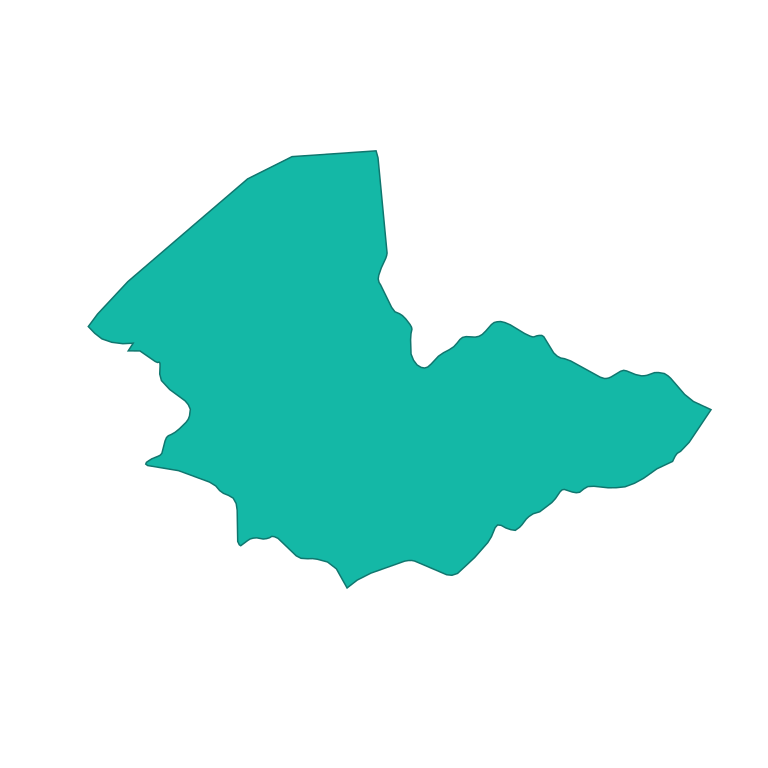 Manzini, Natural Earth projection, rotated 50°
{"feature_id": "SWZ-536", "entity_name": "Manzini", "entity_type": "District", "adm_level": 1, "iso_a3": "SWZ", "parent_name": "eSwatini", "parent_adm1": "", "projection": "natural_earth1", "projection_center": [31.309, -26.515], "detail": "fine", "context": "isolated", "style": "filled", "palette": "teal", "viewbox_px": 768, "rotation_deg": 50, "n_neighbors": 0, "source": "natural_earth", "source_scale": "10m", "svg_char_len": 2522}
<svg xmlns="http://www.w3.org/2000/svg" viewBox="0 0 768 768"><g transform="rotate(50 384 384)"><path d="M149.9,573.6L146.3,558.5L140.9,514.3L139.9,425.3L139.2,356.6L150.7,308.3L200.3,240.2L206.9,243.2L285.7,297.5L287.3,299.4L288.8,301.8L293.3,311.4L297.3,318.1L299.8,320.9L303.0,322.5L305.9,322.9L330.2,328.9L335.7,329.2L340.2,326.9L343.5,325.9L348.2,325.5L355.1,325.8L358.2,326.4L360.0,327.4L362.8,331.0L367.2,335.2L378.4,344.0L384.8,346.1L390.7,346.4L395.1,344.9L397.8,342.7L399.1,339.7L399.0,335.1L397.7,324.4L398.3,318.3L399.6,312.4L400.3,306.6L399.6,301.5L398.7,297.2L398.8,293.9L400.5,290.6L406.7,284.0L408.5,280.6L409.2,276.9L408.8,271.9L407.5,263.5L407.7,260.1L409.0,257.4L411.1,254.5L414.6,251.9L419.9,249.2L435.8,243.8L441.2,241.3L443.4,239.9L444.3,238.8L445.3,236.0L446.4,234.1L448.2,231.9L450.5,231.2L469.2,234.0L474.1,233.4L477.7,231.9L480.7,229.4L486.5,226.1L517.7,214.0L521.5,211.6L522.8,209.9L523.8,208.1L524.6,205.4L526.3,194.6L527.6,191.6L530.0,189.7L538.5,185.2L543.4,181.4L545.1,179.1L546.4,176.9L549.2,169.4L551.7,166.3L556.2,162.5L560.3,161.2L563.9,160.7L585.2,160.4L596.3,158.2L613.9,150.0L624.8,187.6L626.2,200.0L625.6,204.0L626.4,207.3L628.8,212.7L624.4,229.4L623.1,245.6L621.1,255.7L617.7,265.4L612.7,272.8L607.5,279.1L597.3,288.9L593.6,293.8L592.8,298.3L592.7,303.7L590.9,306.6L587.8,309.2L580.7,313.6L579.6,315.4L579.7,318.2L582.0,326.4L582.7,331.7L582.0,346.8L579.3,353.1L578.7,358.1L578.9,361.8L580.5,368.8L580.9,372.2L580.5,377.5L577.1,380.5L572.6,383.2L567.6,385.1L565.0,387.6L565.5,391.2L570.0,399.8L572.2,406.4L575.2,426.1L576.4,449.4L574.2,454.9L570.4,458.6L539.2,474.4L537.0,476.2L534.9,478.8L533.0,482.0L520.5,515.5L517.0,530.5L516.5,543.4L495.0,539.3L484.0,541.7L475.4,547.7L471.8,551.0L468.6,555.0L464.2,559.6L459.2,561.7L434.1,564.4L430.5,566.1L428.6,567.9L428.2,570.5L427.0,573.3L425.1,576.2L420.0,580.4L418.0,583.3L416.7,586.1L416.3,588.9L415.8,597.7L414.1,598.2L410.6,597.3L386.3,577.6L380.6,574.1L374.5,572.9L369.4,574.7L364.5,577.3L360.0,578.4L354.0,578.4L347.0,580.7L318.3,597.1L294.5,617.5L292.2,618.0L291.3,616.3L291.6,613.2L292.1,609.7L294.1,603.6L294.7,601.2L294.3,598.7L286.8,588.2L285.2,585.0L285.0,582.5L285.9,579.5L286.7,575.1L286.8,569.6L286.1,560.3L285.2,556.7L283.5,553.6L278.9,548.6L274.0,547.2L269.1,547.2L250.5,551.7L238.3,552.3L232.2,549.4L226.3,544.0L224.0,542.2L222.7,542.2L222.0,543.6L219.7,544.8L201.8,549.7L194.2,558.6L191.5,549.9L185.3,558.1L177.1,565.7L168.1,571.1L159.2,573.0L149.9,573.6Z" fill="#14b8a6" stroke="#0f766e" stroke-width="1.5"/></g></svg>